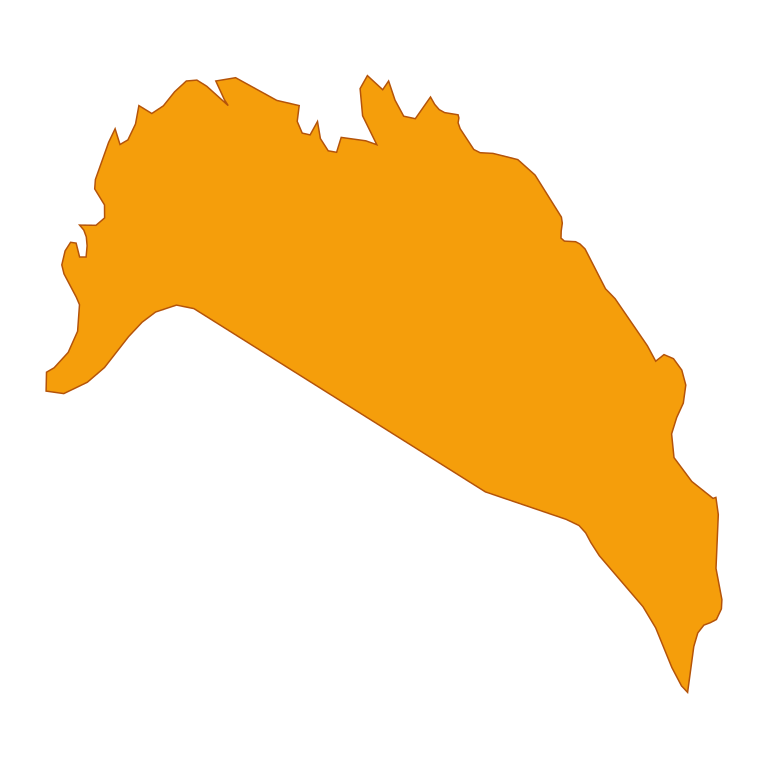 the Province of Camarines Norte
{"feature_id": "PHL-2537", "entity_name": "Camarines Norte", "entity_type": "Province", "adm_level": 1, "iso_a3": "PHL", "parent_name": "Philippines", "parent_adm1": "", "projection": "equal_earth", "projection_center": [122.685, 14.086], "detail": "fine", "context": "isolated", "style": "filled", "palette": "amber", "viewbox_px": 768, "rotation_deg": 0, "n_neighbors": 0, "source": "natural_earth", "source_scale": "10m", "svg_char_len": 1595}
<svg xmlns="http://www.w3.org/2000/svg" viewBox="0 0 768 768"><path d="M46.5,372.2L54.1,367.8L68.2,352.4L77.6,331.3L79.5,304.7L76.3,297.2L64.0,273.9L61.8,264.9L65.1,250.9L70.6,242.3L76.1,243.1L79.6,257.0L86.1,257.0L87.1,245.8L86.3,236.9L83.8,230.1L79.6,225.1L96.0,225.3L104.6,217.9L104.5,204.9L94.7,188.9L95.4,179.5L108.6,142.4L115.1,128.8L120.0,144.5L127.9,139.9L135.5,124.0L138.9,105.6L151.8,113.5L163.4,105.8L174.6,91.8L186.3,81.0L196.9,80.1L206.8,86.3L228.2,105.6L224.4,99.7L215.8,81.0L235.6,77.7L276.8,100.4L299.2,105.6L297.2,121.4L302.2,133.1L310.1,134.9L317.5,121.5L320.4,138.6L328.2,150.8L336.6,152.3L341.2,137.4L365.8,140.8L376.8,144.7L362.6,115.8L360.1,88.6L367.4,75.6L382.7,89.7L388.6,81.0L395.0,100.1L403.7,116.2L415.3,118.7L430.5,97.0L434.7,104.4L439.2,109.6L444.6,112.6L458.1,114.8L458.9,118.0L458.1,122.8L460.2,128.8L473.8,149.5L480.1,152.7L493.0,153.4L517.8,159.6L535.1,175.1L561.4,217.1L562.3,223.2L561.2,231.1L561.0,238.1L564.4,241.1L575.6,241.7L580.0,244.0L585.1,249.0L605.5,288.8L615.1,298.7L647.4,345.8L655.7,361.2L664.0,354.6L673.5,358.7L681.8,370.1L685.8,385.1L683.3,403.1L676.7,417.5L671.6,433.9L674.0,457.6L691.8,481.5L713.0,498.4L715.9,497.4L718.3,514.6L716.0,568.4L721.9,599.6L721.4,608.9L716.4,619.5L710.3,622.7L703.9,625.1L697.8,632.9L693.8,646.5L687.6,692.4L681.5,685.9L671.9,667.6L655.7,627.9L643.0,606.7L599.3,555.7L590.9,542.6L585.7,532.9L579.0,525.5L566.0,519.3L485.4,491.9L193.9,308.6L176.4,305.1L155.6,312.0L142.1,322.2L128.6,336.6L104.5,367.5L87.4,382.2L63.8,393.6L46.1,391.1L46.5,372.4L46.5,372.2Z" fill="#f59e0b" stroke="#b45309" stroke-width="1.5"/></svg>